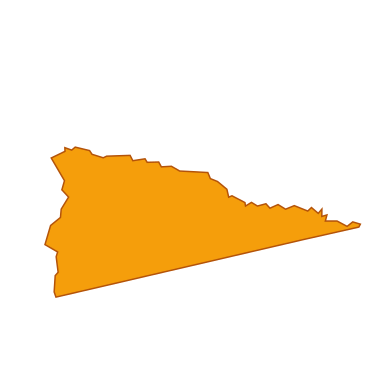 outline of Nicollet, Minnesota, United States of America, rotated 167°
{"feature_id": "52423323B99452137700358", "entity_name": "Nicollet", "entity_type": "district", "adm_level": 2, "iso_a3": "USA", "parent_name": "United States of America", "parent_adm1": "Minnesota", "projection": "equal_earth", "projection_center": [-94.326, 44.306], "detail": "fine", "context": "isolated", "style": "filled", "palette": "amber", "viewbox_px": 384, "rotation_deg": 167, "n_neighbors": 0, "source": "geoboundaries", "source_scale": "gbopen_adm2", "svg_char_len": 877}
<svg xmlns="http://www.w3.org/2000/svg" viewBox="0 0 384 384"><g transform="rotate(167 192 192)"><path d="M348.2,120.2L94.5,120.6L37.3,120.3L35.2,122.8L42.1,126.7L48.6,123.6L57.2,131.1L68.6,133.7L65.7,139.3L71.0,139.0L69.3,146.1L73.8,142.8L79.1,150.0L83.5,147.4L95.4,155.7L104.7,154.2L111.0,160.4L119.7,158.7L122.6,163.9L131.4,163.6L136.4,168.5L143.0,166.3L142.8,169.8L153.9,179.3L157.4,178.7L157.4,186.8L164.8,196.5L171.1,200.9L172.2,207.4L186.7,211.6L199.3,215.2L206.3,221.7L216.2,223.4L217.7,228.7L229.0,231.0L230.3,234.9L242.6,235.8L244.1,241.6L267.1,246.1L270.8,245.3L280.9,251.2L282.5,255.4L295.7,262.0L299.8,259.9L305.9,263.8L306.6,260.2L321.5,256.8L313.7,231.7L318.3,223.4L313.4,214.8L323.3,204.7L325.9,196.8L337.3,191.2L347.1,173.8L336.4,163.8L338.9,159.5L340.5,143.9L344.1,141.3L348.8,125.6L348.2,120.2Z" fill="#f59e0b" stroke="#b45309" stroke-width="1.5"/></g></svg>